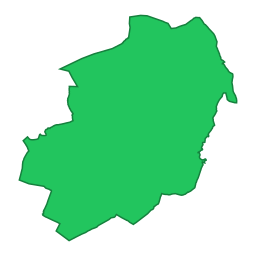 the district of Bø nor, Telemark, Norway
{"feature_id": "86288312B18605763304298", "entity_name": "Bø nor", "entity_type": "district", "adm_level": 2, "iso_a3": "NOR", "parent_name": "Norway", "parent_adm1": "Telemark", "projection": "mercator", "projection_center": [8.999, 59.44], "detail": "fine", "context": "isolated", "style": "filled", "palette": "green", "viewbox_px": 256, "rotation_deg": 0, "n_neighbors": 0, "source": "geoboundaries", "source_scale": "gbopen_adm2", "svg_char_len": 5655}
<svg xmlns="http://www.w3.org/2000/svg" viewBox="0 0 256 256"><path d="M232.7,74.1L232.2,73.6L231.3,73.3L230.6,72.8L230.2,72.7L229.5,72.3L228.9,71.6L228.4,71.2L228.2,70.6L227.7,69.7L227.3,69.2L226.2,68.0L225.2,66.7L224.5,65.2L223.6,64.2L223.5,63.9L222.4,63.7L222.7,63.1L224.6,62.0L223.1,60.6L222.6,60.4L222.1,60.0L221.7,60.0L221.3,59.6L221.0,59.1L220.7,58.1L220.8,57.7L220.4,56.6L219.9,55.8L219.7,55.2L219.4,53.6L219.1,53.2L218.9,52.5L217.6,49.6L217.5,48.9L216.3,46.4L217.0,41.7L216.9,41.5L216.3,40.0L214.9,36.0L213.6,33.7L208.5,28.3L207.9,27.4L205.4,24.7L204.3,24.2L202.1,20.6L199.6,17.6L198.1,17.6L196.0,17.4L195.4,17.5L194.6,18.1L193.9,18.2L192.4,19.7L190.9,20.6L190.0,21.3L185.7,24.5L182.3,25.5L179.4,26.5L175.9,28.0L171.2,28.5L168.0,23.4L165.1,22.4L162.9,21.3L147.1,15.8L140.6,15.4L129.8,17.0L129.4,23.6L130.1,27.5L129.5,31.7L128.6,37.7L128.3,37.7L128.3,37.8L128.0,38.2L127.4,38.4L126.9,38.9L126.6,39.1L126.2,39.1L126.0,39.4L125.6,39.6L125.4,40.2L125.1,40.5L124.7,40.7L124.2,41.2L123.7,41.4L123.5,41.7L123.4,41.9L123.3,42.5L123.2,42.6L122.8,42.9L122.5,42.9L122.2,43.4L121.9,43.7L112.3,48.6L94.0,53.9L81.8,58.6L60.1,69.0L68.9,71.2L72.3,77.8L74.6,81.6L77.5,86.6L69.3,86.4L69.3,86.6L69.5,86.9L69.4,87.5L69.4,87.8L69.2,88.1L69.2,88.8L69.2,89.4L69.2,90.4L69.3,90.9L69.4,91.3L69.4,91.6L69.2,92.2L69.3,92.7L69.4,93.9L69.2,94.6L69.2,95.2L68.7,96.1L68.5,97.3L68.4,97.5L68.2,97.7L67.8,98.4L67.9,99.1L67.7,99.7L67.9,100.3L67.9,100.6L67.6,100.8L67.7,101.1L67.9,101.6L67.8,102.0L67.8,102.4L67.9,102.9L68.0,103.2L68.1,103.7L67.9,104.1L68.0,104.4L68.2,104.9L68.5,105.3L68.5,105.9L69.0,106.5L69.2,107.1L69.2,107.4L69.5,107.9L69.6,108.5L69.9,108.7L70.2,109.0L70.2,109.4L71.2,111.0L71.3,111.4L71.5,111.6L71.8,111.7L72.1,112.1L72.2,112.6L72.2,112.8L72.9,113.3L73.0,113.5L73.0,113.9L72.9,114.1L72.0,115.1L72.4,115.9L72.5,116.2L72.4,116.8L72.5,118.5L73.0,120.7L72.2,121.0L69.9,122.2L66.2,123.0L64.3,123.5L60.7,124.3L59.8,124.4L58.8,124.7L56.4,124.8L54.8,125.3L53.9,125.9L53.5,125.9L52.6,126.6L51.6,127.1L50.1,127.8L50.0,128.2L49.9,128.4L48.3,128.0L47.9,128.1L47.7,128.3L47.7,128.9L47.5,129.0L47.2,129.2L46.5,129.3L46.1,129.5L45.5,130.1L45.4,130.4L45.2,131.1L44.9,131.4L44.9,131.9L45.2,132.7L46.0,133.9L46.1,135.2L45.4,135.5L44.2,135.6L43.7,135.5L43.1,135.6L42.5,135.5L41.3,135.4L41.2,135.2L40.2,134.2L39.6,134.7L38.7,137.6L38.1,138.8L36.4,139.4L34.0,139.7L32.6,139.8L31.0,139.7L29.7,139.3L29.5,139.2L27.5,136.9L23.2,140.7L25.7,144.4L26.0,145.0L27.2,146.9L28.8,151.1L28.6,151.3L28.3,151.5L28.1,151.8L27.4,152.5L25.3,156.1L25.1,156.5L24.0,158.5L23.8,159.6L22.9,161.6L22.5,164.7L22.5,165.3L22.3,168.4L21.2,172.7L20.8,174.4L19.3,180.0L29.0,183.8L44.0,186.3L45.9,188.2L48.9,189.2L50.0,189.7L50.2,190.1L51.2,190.3L51.5,191.0L51.3,191.6L48.0,200.6L46.9,204.0L44.7,208.8L43.7,210.5L43.9,210.7L43.7,211.5L43.3,211.9L43.6,212.5L43.5,213.0L43.5,213.8L43.3,213.9L42.9,213.9L42.6,214.1L43.1,214.7L43.1,215.1L43.0,215.3L45.6,216.9L47.1,217.5L52.3,220.0L57.6,222.4L59.9,223.7L56.2,231.0L69.1,240.6L75.4,237.3L81.5,234.2L85.6,232.5L88.2,230.8L89.7,230.2L90.9,229.5L91.7,229.0L95.1,227.8L96.9,227.0L98.3,225.5L108.9,219.6L111.1,217.8L114.1,217.3L115.1,216.6L116.4,214.5L121.8,217.7L126.4,220.1L126.6,220.3L127.5,220.5L128.0,220.8L129.9,222.4L133.4,224.4L134.4,223.6L136.0,222.6L147.6,213.7L150.3,210.8L151.3,209.9L152.0,209.7L152.9,209.3L153.5,208.5L153.7,208.1L154.0,206.6L154.2,206.4L154.6,206.4L156.7,204.7L158.2,204.0L158.8,202.8L159.5,200.5L160.5,196.6L160.7,196.4L161.8,193.6L162.2,193.8L163.9,194.2L165.0,194.4L167.6,194.5L168.4,194.8L169.4,194.8L170.5,194.6L171.6,194.1L173.4,193.8L174.0,193.8L175.3,193.6L179.2,194.7L181.3,195.2L182.3,195.1L183.3,194.9L183.8,194.6L185.2,194.2L187.2,192.7L187.7,192.2L188.2,192.3L188.6,192.1L190.7,191.0L194.8,187.7L195.5,184.8L195.7,183.9L195.7,183.3L196.4,182.1L196.8,180.7L197.1,179.9L197.9,178.4L198.4,177.1L199.2,174.8L199.6,173.4L200.1,172.0L200.5,170.6L200.7,170.3L201.2,168.5L201.2,168.4L201.4,168.0L201.9,166.9L202.1,166.5L202.5,165.5L203.0,165.0L203.0,164.7L202.5,163.3L202.3,162.9L202.2,162.2L202.3,162.0L203.0,162.4L204.7,162.9L204.4,162.0L204.4,161.7L204.7,161.0L204.9,160.9L206.1,160.3L206.2,160.1L206.0,159.7L205.8,159.3L205.5,159.0L204.8,159.1L203.6,159.8L202.4,159.9L201.7,159.7L200.3,158.8L200.0,158.5L199.6,157.9L199.4,156.7L199.8,155.6L199.8,155.4L200.0,155.1L200.0,154.7L199.9,154.4L199.5,153.4L199.2,152.8L199.1,152.7L198.1,152.6L198.2,152.3L198.3,152.2L198.6,152.0L199.1,152.0L199.5,151.8L201.1,150.2L201.9,150.1L202.4,149.7L202.5,149.4L202.0,149.1L202.2,148.7L201.6,148.3L201.5,148.1L201.6,147.6L201.7,147.4L201.7,146.9L202.2,146.1L202.4,145.4L202.6,145.2L202.9,145.0L203.0,144.8L202.9,144.5L202.8,144.4L202.6,143.4L202.5,143.1L202.6,142.7L203.2,142.3L204.0,142.5L204.8,142.3L205.1,140.2L205.1,139.3L205.3,138.4L205.8,138.0L206.6,137.0L206.8,136.8L207.2,136.4L207.4,136.3L208.1,136.7L208.3,136.7L208.6,136.5L208.6,136.3L208.7,136.0L208.6,135.3L208.4,134.7L208.2,134.3L208.3,134.2L208.6,133.7L208.7,133.2L211.0,130.4L211.7,129.2L212.4,128.2L212.9,126.5L214.2,125.6L214.6,125.2L214.1,123.7L213.2,120.7L213.2,119.2L212.8,118.0L213.3,117.0L214.5,115.3L215.7,113.2L215.9,112.6L216.1,112.1L216.7,111.3L216.8,110.9L216.7,110.5L216.3,109.7L216.4,109.1L216.4,108.9L216.5,108.5L216.3,106.9L216.3,106.3L216.5,106.1L216.8,105.3L217.6,103.1L219.3,99.9L220.9,97.9L222.0,96.7L222.3,96.0L222.4,95.6L222.3,95.4L222.3,95.2L222.5,94.7L222.9,93.9L223.5,93.0L225.8,93.0L226.9,97.3L227.3,99.6L229.4,101.3L234.7,102.7L236.6,102.8L236.7,100.7L236.4,98.5L235.7,96.8L235.6,96.0L234.7,94.4L233.8,92.8L233.1,91.2L232.5,85.6L231.9,82.7L232.5,78.5L232.7,78.0L232.9,76.4L232.8,75.0L232.7,74.1Z" fill="#22c55e" stroke="#15803d" stroke-width="1.5"/></svg>